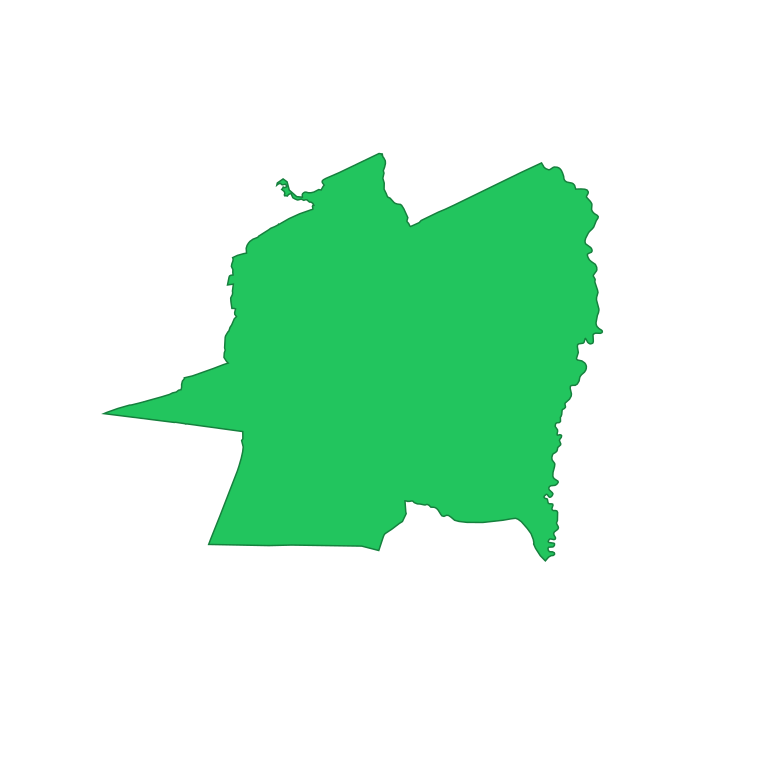 outline of Milagro, Guayas, Ecuador, rotated 245°
{"feature_id": "8360857B82263990527647", "entity_name": "Milagro", "entity_type": "district", "adm_level": 2, "iso_a3": "ECU", "parent_name": "Ecuador", "parent_adm1": "Guayas", "projection": "albers", "projection_center": [-79.569, -2.106], "detail": "fine", "context": "isolated", "style": "filled", "palette": "green", "viewbox_px": 768, "rotation_deg": 245, "n_neighbors": 0, "source": "geoboundaries", "source_scale": "gbopen_adm2", "svg_char_len": 6171}
<svg xmlns="http://www.w3.org/2000/svg" viewBox="0 0 768 768"><g transform="rotate(245 384 384)"><path d="M316.8,161.5L312.7,157.3L286.2,211.4L277.1,232.2L246.5,295.3L235.3,308.9L245.7,318.7L247.1,320.2L247.9,321.7L249.2,330.2L251.1,338.8L251.6,342.6L257.1,349.3L258.9,349.7L269.2,353.6L268.5,354.9L267.8,355.5L266.9,357.4L266.3,359.6L265.7,360.6L263.7,361.3L261.3,363.5L259.9,366.1L257.4,369.4L256.9,370.5L256.8,371.8L256.3,372.6L255.0,373.6L252.6,374.4L251.2,377.1L250.2,378.3L248.4,379.3L246.7,379.8L241.7,380.4L240.0,380.8L238.7,382.4L238.6,385.2L237.6,386.9L234.9,388.5L230.7,390.4L227.8,393.8L223.6,400.6L216.8,414.9L210.3,434.1L208.1,442.2L206.7,446.5L204.8,448.3L201.1,450.3L192.5,452.8L186.3,454.0L180.1,453.6L176.7,452.7L175.8,452.0L171.1,451.9L162.3,453.1L156.5,455.1L155.5,455.5L157.5,459.9L157.8,462.7L157.1,464.9L157.3,466.0L157.8,466.8L159.1,467.0L160.6,465.9L162.1,463.1L164.0,462.6L165.8,463.2L166.5,464.3L165.0,468.0L165.0,469.0L165.9,470.4L167.1,471.0L167.9,470.7L170.7,466.5L171.3,466.2L172.0,466.3L173.2,467.9L173.4,468.6L173.1,469.6L171.1,472.3L171.1,473.7L171.5,474.1L172.5,474.5L175.3,474.2L177.0,474.7L177.9,475.8L178.9,480.1L179.9,481.3L181.3,481.6L184.1,481.4L185.3,481.7L187.0,483.5L194.3,487.1L195.9,487.0L197.0,485.7L197.7,484.0L198.7,483.3L200.0,483.4L202.7,485.9L203.8,486.1L204.4,485.5L205.6,483.2L206.5,482.6L207.4,482.6L210.6,483.4L211.0,483.2L212.5,481.5L213.5,481.2L214.1,481.3L214.8,482.2L215.4,484.3L215.3,484.7L214.6,485.3L212.3,485.7L211.4,486.2L211.1,487.2L211.3,488.4L212.3,490.0L213.1,490.7L214.4,490.6L218.2,489.1L219.3,489.1L220.4,489.6L221.1,490.7L221.3,492.1L219.9,496.1L219.9,497.1L220.4,499.0L221.4,500.4L222.4,500.6L226.5,498.1L229.0,498.0L232.4,499.8L237.0,503.6L238.9,504.8L239.9,505.1L244.0,504.3L245.0,504.5L246.6,505.1L248.9,507.1L249.3,508.2L249.4,509.9L249.9,512.0L250.9,513.1L253.0,514.6L254.2,518.3L255.0,518.9L258.7,519.1L259.6,520.0L260.7,522.1L262.0,523.1L262.8,523.0L263.7,522.0L264.2,519.8L264.5,519.5L265.5,519.7L267.8,521.4L269.2,521.9L273.2,521.2L274.9,522.3L275.6,523.0L275.8,524.2L275.0,526.4L275.0,527.0L275.6,528.2L279.3,529.8L280.0,531.0L281.3,532.2L284.9,534.3L285.4,535.0L285.6,537.2L286.2,538.5L286.5,538.8L289.6,539.6L290.2,540.3L291.9,545.8L294.0,548.6L295.8,549.7L301.4,550.9L303.1,551.9L303.4,552.8L303.3,553.8L302.0,556.8L302.3,559.2L304.3,562.1L306.7,563.8L307.8,564.8L308.9,566.8L310.1,570.8L311.4,572.8L312.6,573.9L314.5,574.9L315.3,575.0L316.6,575.1L318.3,574.8L321.3,573.1L324.0,569.5L325.1,569.1L326.0,569.4L330.4,573.4L336.1,575.0L337.8,576.1L338.1,577.5L336.9,581.4L336.9,582.2L337.4,583.1L340.0,585.3L340.1,585.8L339.0,586.1L336.0,586.2L334.8,586.6L333.5,587.5L333.0,588.3L332.8,590.1L333.0,590.8L334.3,591.8L340.0,594.1L340.4,594.5L340.7,595.2L340.7,597.2L338.5,601.5L338.4,603.0L338.9,603.9L340.0,604.2L340.9,603.9L343.3,602.3L346.2,601.3L347.8,601.4L349.7,601.9L355.9,606.3L358.0,608.5L360.1,610.0L361.4,610.5L370.4,612.1L372.7,613.3L376.5,616.6L378.8,617.2L387.4,618.2L389.4,619.5L390.1,619.6L393.5,619.3L394.3,620.0L396.8,624.5L397.6,625.2L399.9,626.1L403.1,626.1L407.4,623.6L409.7,622.6L412.6,622.4L414.7,622.7L415.6,623.2L415.9,624.5L415.8,627.7L416.5,628.7L417.3,629.1L418.5,629.3L420.1,629.1L425.8,626.0L426.8,626.0L428.7,626.6L430.9,628.4L434.4,632.9L435.3,634.5L436.6,638.4L437.6,640.4L442.3,645.4L443.9,648.0L445.1,648.9L446.6,648.6L449.5,646.7L450.8,646.2L452.3,645.8L454.0,645.8L454.7,646.0L458.6,648.2L459.8,648.5L462.3,648.2L467.7,646.5L468.7,647.0L470.3,649.3L471.1,650.0L472.0,650.3L474.0,650.0L475.6,648.4L477.5,645.0L479.6,640.1L483.5,640.7L485.5,640.1L486.6,639.3L489.8,635.0L491.3,634.1L492.3,633.8L494.0,633.8L496.3,634.6L499.8,635.0L502.7,635.0L504.9,634.4L506.1,633.7L507.3,632.5L508.7,630.0L508.8,628.8L508.2,624.9L508.6,623.7L510.6,621.8L512.6,620.7L517.8,620.2L517.8,597.6L516.5,522.9L516.5,512.8L516.8,506.0L516.5,486.8L515.4,484.1L515.4,483.0L515.5,474.7L516.4,474.2L519.0,474.2L521.5,473.5L522.0,473.6L524.7,475.9L534.3,476.0L538.4,475.5L539.8,474.8L541.4,472.2L542.9,470.6L544.2,469.8L549.8,468.1L551.7,466.5L553.1,466.3L555.4,466.5L560.5,466.4L566.0,469.1L571.0,469.9L575.1,473.1L577.6,473.5L580.3,476.2L583.1,478.4L584.9,479.2L585.9,479.5L589.7,479.3L590.3,478.9L592.7,479.5L592.8,479.0L593.3,479.5L595.0,476.9L594.5,432.9L594.9,418.3L594.7,415.3L594.0,413.7L592.6,413.2L589.5,413.8L589.0,412.6L586.4,409.0L587.8,407.0L587.6,401.5L588.2,398.7L589.2,396.4L590.8,394.5L591.3,393.5L591.3,392.2L590.8,390.6L590.1,389.9L587.8,389.0L590.7,384.1L599.8,380.1L608.2,381.6L612.5,379.2L611.3,372.3L609.5,370.9L609.9,372.4L609.8,374.5L609.6,374.9L607.9,375.6L607.3,376.4L606.8,379.0L606.5,379.3L604.3,379.3L603.9,378.8L604.0,376.8L605.1,375.9L604.1,374.8L603.6,373.5L600.5,375.0L598.6,374.6L597.5,373.6L596.6,373.5L596.0,374.8L595.2,375.8L596.1,377.6L596.1,380.2L591.4,380.1L589.5,381.4L587.6,383.1L587.2,383.7L586.5,387.2L584.4,388.9L584.1,391.0L583.4,392.0L580.4,393.3L579.7,394.7L577.9,395.8L575.5,396.0L575.4,395.8L575.9,395.0L575.3,394.2L573.4,393.8L572.4,393.2L572.7,391.7L573.9,379.4L574.0,367.7L573.0,356.0L573.4,355.9L573.0,355.2L572.8,351.5L573.0,347.0L572.5,344.8L571.0,333.0L570.3,331.6L570.6,326.3L569.9,322.7L568.9,320.6L567.5,318.5L565.3,316.5L560.7,314.7L561.4,312.2L562.5,305.5L562.5,300.2L561.1,300.1L559.3,299.0L557.1,296.8L555.1,295.4L551.6,295.4L549.0,294.1L546.6,293.3L547.3,291.0L547.2,289.7L546.3,288.7L539.9,284.0L538.2,289.7L532.3,285.9L530.6,285.4L529.0,284.3L526.9,281.6L526.3,281.2L523.1,280.0L516.8,278.1L515.7,280.3L514.8,281.2L511.8,278.8L510.2,278.2L507.4,278.8L506.4,275.9L502.0,271.0L500.4,268.4L497.7,265.9L497.2,264.6L494.6,260.8L493.4,259.8L484.1,254.8L481.8,254.4L479.7,252.4L475.7,250.2L471.3,250.8L468.8,251.6L469.4,247.0L470.2,235.5L472.3,213.7L474.0,205.6L473.2,205.3L471.8,202.5L469.0,200.3L466.7,199.3L464.6,197.7L465.2,195.2L464.5,192.4L465.3,188.5L465.2,185.2L466.3,177.3L470.2,154.0L471.8,146.0L472.4,144.5L474.3,132.5L475.4,120.8L475.5,117.7L437.8,177.7L437.4,178.9L432.3,186.6L431.4,187.5L431.2,188.4L400.6,235.9L393.9,232.9L393.0,231.1L386.4,229.8L382.2,227.2L377.0,223.2L370.8,217.8L367.0,214.2L334.0,179.8L316.9,161.6L317.3,161.3L316.8,161.5Z" fill="#22c55e" stroke="#15803d" stroke-width="1.5"/></g></svg>